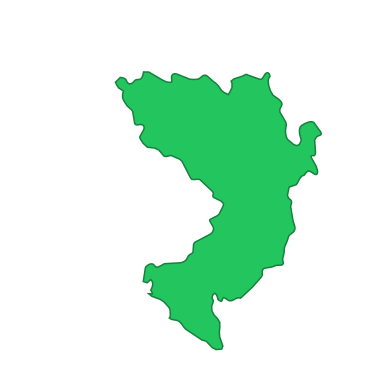 outline of Olomoucký, rotated 201°
{"feature_id": "CZE-10372", "entity_name": "Olomoucký", "entity_type": "Region", "adm_level": 1, "iso_a3": "CZE", "parent_name": "Czechia", "parent_adm1": "", "projection": "robinson", "projection_center": [17.195, 49.847], "detail": "fine", "context": "isolated", "style": "filled", "palette": "green", "viewbox_px": 384, "rotation_deg": 201, "n_neighbors": 0, "source": "natural_earth", "source_scale": "10m", "svg_char_len": 4189}
<svg xmlns="http://www.w3.org/2000/svg" viewBox="0 0 384 384"><g transform="rotate(201 192 192)"><path d="M122.6,56.5L125.3,57.8L129.7,57.4L148.8,61.7L150.8,62.7L155.2,65.6L157.6,66.6L160.1,66.7L165.8,65.7L168.0,66.3L167.6,66.9L168.2,69.4L169.4,72.4L170.5,74.5L172.3,76.1L178.9,79.4L183.3,80.4L192.1,80.2L196.0,81.5L192.5,82.6L193.0,83.5L193.7,84.3L194.5,85.0L195.3,85.6L195.1,88.6L195.5,91.6L196.8,94.0L199.2,95.5L201.3,91.2L205.4,90.9L208.4,104.7L208.2,105.8L207.6,107.0L206.8,108.2L205.8,109.3L204.6,110.2L203.3,110.6L202.0,110.6L199.4,109.3L198.3,109.2L197.2,109.5L196.3,110.2L192.0,115.2L176.9,122.0L174.4,124.3L173.5,125.7L172.9,127.4L172.5,130.9L172.0,132.2L170.1,134.7L169.7,135.5L169.6,136.5L171.7,143.4L171.8,144.5L171.5,145.6L170.9,146.6L159.8,159.2L159.1,160.4L158.6,161.7L158.4,163.1L158.5,164.4L158.9,165.7L159.6,166.9L164.8,171.1L165.3,171.8L165.4,172.5L165.0,173.3L159.7,179.1L159.1,180.2L158.7,181.6L157.9,190.2L158.0,191.3L158.5,192.2L159.3,193.0L161.8,193.9L169.8,194.7L170.7,195.2L171.1,195.8L171.6,198.3L172.0,199.0L172.8,199.7L188.8,206.3L190.1,206.4L195.4,204.0L196.7,203.8L198.0,204.3L212.4,217.1L215.2,218.2L224.7,218.6L229.0,215.8L230.1,215.5L231.1,215.5L238.0,219.3L242.8,219.6L249.6,217.8L255.0,219.9L259.3,223.0L260.2,224.1L260.5,225.1L259.4,232.9L259.6,234.5L260.2,235.8L261.2,236.7L262.5,237.0L263.7,236.8L267.2,235.0L268.2,234.7L269.3,234.9L270.3,235.8L276.1,245.7L277.4,246.8L283.3,249.1L288.3,252.7L290.3,254.8L291.0,256.0L291.9,258.7L292.2,261.7L297.6,262.8L300.0,264.4L302.8,267.0L300.0,273.3L297.3,273.8L295.0,273.7L293.9,273.2L292.1,271.5L291.2,270.9L290.2,270.6L289.2,270.6L288.2,270.9L287.3,271.6L286.5,272.7L285.3,275.6L284.7,276.5L283.9,277.1L281.6,278.2L280.9,278.7L280.3,279.5L279.9,280.6L279.7,281.8L279.8,284.1L280.3,286.7L275.3,288.5L258.8,285.8L255.9,285.7L253.8,285.9L251.5,286.6L250.8,287.1L250.5,287.8L250.8,288.8L252.0,291.2L252.5,292.7L252.5,293.8L252.1,294.8L251.5,295.5L250.7,296.2L249.5,296.5L248.2,296.7L234.8,296.5L233.4,296.8L230.1,297.9L227.7,299.1L226.7,299.7L225.9,300.5L225.0,301.9L224.2,303.4L223.2,304.8L222.1,305.6L221.0,305.9L219.0,305.6L211.0,302.6L209.3,302.3L205.4,300.5L200.7,297.3L197.8,296.4L196.7,296.3L193.1,295.9L192.4,299.7L192.1,303.8L193.6,307.8L195.2,309.5L193.5,312.4L192.9,313.0L186.5,318.2L185.5,319.2L184.6,320.4L183.9,321.0L183.1,321.3L182.5,321.4L181.7,321.2L169.5,321.5L168.2,321.8L167.3,322.7L166.8,323.9L166.0,328.3L165.5,329.4L164.7,330.2L163.8,330.5L163.0,330.3L162.2,329.9L161.6,329.3L160.8,328.1L160.6,327.7L160.8,327.3L161.0,326.2L161.0,324.8L160.7,323.1L158.5,318.8L155.0,314.5L151.1,311.4L144.1,309.6L141.0,308.1L139.9,307.0L139.3,305.7L139.6,301.0L139.4,299.8L138.9,298.8L138.3,297.9L129.6,290.9L128.7,289.6L128.0,288.4L126.8,282.9L125.1,279.3L122.8,276.3L121.5,275.3L114.2,272.8L112.3,272.7L110.7,273.0L109.5,273.9L108.8,275.3L108.5,278.1L108.6,279.2L108.9,280.0L112.3,284.7L113.6,287.5L114.1,289.0L114.2,290.6L114.1,292.0L113.5,293.4L111.3,296.2L108.3,299.0L106.7,300.0L105.0,300.6L103.4,300.7L93.2,294.1L92.3,292.9L92.1,291.8L93.0,290.7L94.2,289.7L95.1,288.6L95.6,287.4L95.9,286.2L96.0,284.9L95.7,283.5L91.1,273.7L90.6,272.1L90.5,270.8L90.9,269.8L93.0,268.9L93.5,268.4L93.5,267.8L93.1,267.0L85.1,260.4L82.5,256.9L81.8,255.2L81.7,253.8L82.2,252.9L83.5,252.5L89.5,253.7L90.6,253.5L91.7,252.5L92.5,250.7L93.3,247.9L95.2,246.2L96.3,242.7L96.8,237.9L97.3,236.2L103.1,231.3L101.7,223.2L99.8,220.9L96.8,219.9L95.9,219.1L95.2,217.7L94.7,213.7L87.0,200.8L84.0,197.1L82.9,195.3L82.5,193.3L82.8,191.4L85.9,186.1L85.6,180.4L85.8,174.0L85.6,172.5L84.2,168.0L83.5,162.6L83.2,161.5L82.6,160.4L81.3,158.6L81.2,157.4L81.8,156.1L85.0,154.6L85.7,154.4L86.9,153.8L90.7,150.5L96.4,147.2L97.3,146.5L97.8,145.7L98.1,144.8L98.0,143.2L97.7,142.4L96.6,139.9L96.8,137.4L101.5,124.8L108.6,110.3L110.7,109.9L112.5,108.6L115.6,105.1L117.8,103.9L119.5,103.9L122.9,104.8L124.6,104.7L125.1,103.9L125.1,101.1L125.6,100.4L128.3,100.5L129.4,101.1L130.3,102.5L132.3,104.9L134.5,105.6L135.7,103.6L135.4,100.5L132.9,97.9L132.7,92.3L130.7,88.1L127.3,85.1L122.8,82.9L119.3,80.1L117.5,75.5L116.1,70.6L114.0,66.3L108.0,59.3L108.0,56.0L113.1,53.5L117.3,54.0L122.6,56.5Z" fill="#22c55e" stroke="#15803d" stroke-width="1.5"/></g></svg>